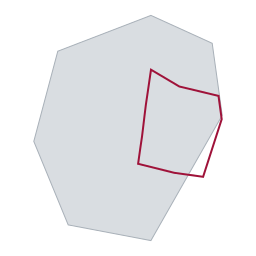 location of Anibare within Nauru
{"feature_id": "NRU-4981", "entity_name": "Anibare", "entity_type": "state/province", "adm_level": 1, "iso_a3": "NRU", "parent_name": "Nauru", "parent_adm1": "", "projection": "mercator", "projection_center": [166.944, -0.519], "detail": "fine", "context": "in_parent", "style": "outline", "palette": "rose", "viewbox_px": 256, "rotation_deg": 0, "n_neighbors": 0, "source": "natural_earth", "source_scale": "10m", "svg_char_len": 442}
<svg xmlns="http://www.w3.org/2000/svg" viewBox="0 0 256 256"><path d="M222.2,115.3L150.9,240.6L68.2,224.9L33.8,141.4L57.8,51.2L150.9,15.4L212.2,43.3L222.2,115.3Z" fill="#d9dde1" stroke="#a8b0b8" stroke-width="1"/><path d="M218.5,95.9L221.7,119.2L203.1,176.8L174.2,172.8L138.1,163.8L140.5,146.8L142.0,136.7L143.0,128.5L144.6,115.0L145.9,104.5L147.6,93.0L151.0,69.7L179.3,86.5L218.5,95.9Z" fill="none" stroke="#9f1239" stroke-width="2"/></svg>